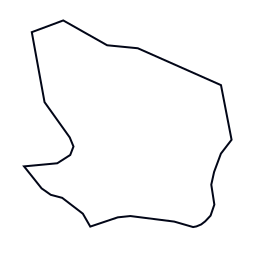 an SVG outline of Mozirje, rotated 95°
{"feature_id": "SVN-973", "entity_name": "Mozirje", "entity_type": "Municipality", "adm_level": 1, "iso_a3": "SVN", "parent_name": "Slovenia", "parent_adm1": "", "projection": "orthographic", "projection_center": [14.959, 46.351], "detail": "fine", "context": "isolated", "style": "outline", "palette": "ink", "viewbox_px": 256, "rotation_deg": 95, "n_neighbors": 0, "source": "natural_earth", "source_scale": "10m", "svg_char_len": 507}
<svg xmlns="http://www.w3.org/2000/svg" viewBox="0 0 256 256"><g transform="rotate(95 128 128)"><path d="M26.5,201.9L47.4,156.0L47.7,125.2L77.2,39.1L130.7,23.8L145.4,33.2L164.3,38.4L177.2,40.1L196.8,35.3L208.1,38.1L214.3,43.0L217.7,46.7L220.1,51.3L221.0,54.5L217.2,73.8L215.5,118.0L217.9,130.4L229.5,157.0L217.3,165.5L203.3,187.5L201.3,199.1L195.7,208.8L175.3,228.2L169.3,195.4L159.9,183.2L151.2,180.7L142.5,185.2L109.5,213.4L40.9,232.2L26.5,201.9Z" fill="none" stroke="#020617" stroke-width="2"/></g></svg>